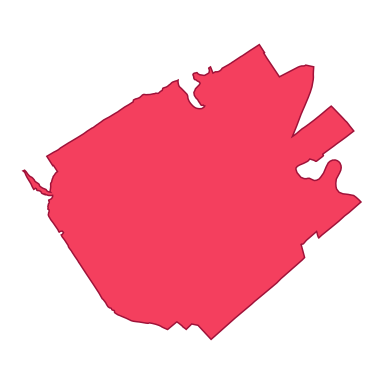 outline of Siminicea, Suceava, Romania
{"feature_id": "2599482B41742181273459", "entity_name": "Siminicea", "entity_type": "district", "adm_level": 2, "iso_a3": "ROU", "parent_name": "Romania", "parent_adm1": "Suceava", "projection": "albers", "projection_center": [26.395, 47.713], "detail": "fine", "context": "isolated", "style": "filled", "palette": "rose", "viewbox_px": 384, "rotation_deg": 0, "n_neighbors": 0, "source": "geoboundaries", "source_scale": "gbopen_adm2", "svg_char_len": 5782}
<svg xmlns="http://www.w3.org/2000/svg" viewBox="0 0 384 384"><path d="M343.2,118.4L333.0,107.8L331.2,106.1L327.7,108.9L321.3,114.3L314.3,120.0L306.6,125.8L303.0,128.3L302.5,128.5L296.3,133.7L294.9,134.8L292.4,136.5L296.8,125.6L301.2,113.9L302.1,111.9L302.5,110.9L302.8,110.2L304.4,106.6L308.3,97.3L309.5,94.1L310.2,92.4L311.6,87.9L311.9,87.0L313.2,79.8L313.4,77.5L313.3,74.1L313.4,71.7L313.7,66.8L305.7,65.1L304.8,65.7L303.9,65.9L302.8,66.0L302.0,65.9L300.3,66.3L299.6,66.5L297.9,67.2L279.4,76.8L269.2,61.6L267.1,58.5L263.7,53.0L264.5,52.6L259.3,44.6L255.3,47.2L251.2,49.8L242.3,55.8L240.7,56.7L228.9,64.5L222.1,68.3L221.5,69.3L221.0,69.9L219.6,71.0L218.6,71.5L217.9,71.7L216.9,71.8L215.4,71.8L213.0,73.1L210.8,67.6L210.5,66.9L208.9,67.9L208.7,68.2L209.1,69.3L209.4,70.3L209.4,70.7L209.2,71.2L209.2,72.0L209.1,72.5L208.7,73.0L208.2,73.4L204.8,75.3L203.8,75.4L201.5,75.0L200.6,74.9L199.4,74.6L198.8,74.2L198.3,74.0L197.8,73.6L197.3,72.9L196.9,72.6L195.0,73.1L194.5,73.1L193.5,73.6L193.4,73.7L193.3,74.1L193.0,74.4L193.0,74.7L193.0,75.0L193.3,75.6L193.8,77.2L193.7,77.7L193.8,78.1L194.2,79.0L194.7,79.6L195.2,79.6L196.3,80.1L197.2,80.9L198.4,81.5L199.4,82.1L199.8,82.6L200.0,83.1L200.1,83.6L199.9,83.9L199.4,84.4L199.1,85.1L197.6,86.5L197.2,87.0L196.3,87.8L196.0,88.3L195.4,88.9L195.3,89.1L195.1,89.8L195.0,90.2L194.0,92.2L193.9,92.6L193.9,93.0L194.1,93.5L194.2,94.7L194.3,95.2L194.5,95.6L195.8,97.7L196.5,98.6L197.1,99.0L197.9,100.0L198.7,101.6L199.6,102.7L200.9,104.9L201.2,105.1L201.9,105.4L202.4,105.4L202.8,105.2L203.2,105.1L203.4,105.2L203.7,105.6L203.9,105.8L204.7,106.0L204.3,106.8L203.6,107.4L201.9,108.5L201.5,108.6L199.2,108.7L197.1,108.4L196.2,108.1L195.6,107.9L194.3,107.1L192.6,105.7L190.9,103.8L189.9,102.5L189.2,101.4L188.4,99.6L188.1,98.8L187.9,98.0L187.7,96.0L187.3,95.0L187.0,94.3L185.1,92.3L181.5,88.6L179.5,86.8L179.3,86.5L179.0,86.0L178.5,84.7L178.3,83.6L178.1,82.5L178.0,81.5L178.1,80.1L176.7,80.8L175.3,81.1L172.6,82.1L171.6,82.8L170.1,84.3L169.2,84.9L167.7,86.2L166.4,87.0L163.6,87.9L162.8,88.3L162.2,90.4L161.1,91.0L160.0,91.8L159.0,92.8L158.1,93.4L155.7,93.2L154.9,93.6L153.4,93.8L150.1,94.5L146.0,94.7L143.9,94.4L142.4,95.0L141.6,95.9L140.3,96.9L139.8,97.5L137.7,98.4L135.4,99.0L133.5,100.0L133.4,100.4L133.2,101.8L128.9,104.6L124.7,107.0L119.2,110.8L117.9,111.8L115.3,113.3L108.7,117.3L107.1,118.1L103.6,120.0L100.7,122.2L97.2,124.6L93.0,127.7L92.1,128.0L87.1,131.2L83.6,133.8L77.3,137.7L68.5,142.9L60.4,148.0L59.0,149.2L57.7,150.1L55.7,151.2L53.7,152.2L46.8,156.3L52.8,165.7L53.4,165.4L54.5,167.0L57.5,171.6L56.4,172.4L55.5,173.3L54.2,175.3L53.6,176.0L53.2,176.5L53.0,177.6L52.5,178.5L51.9,180.5L51.6,181.9L51.4,182.4L50.9,182.9L50.7,183.5L50.6,184.1L50.7,185.8L50.7,186.9L50.5,188.6L50.1,191.0L50.1,191.5L50.6,192.2L48.3,191.7L47.6,191.3L46.8,190.7L46.1,189.6L45.8,189.4L42.6,188.1L40.2,186.5L39.6,185.8L39.1,184.4L38.6,183.8L35.9,182.0L34.9,181.2L34.2,179.8L32.8,178.2L31.9,177.4L29.7,176.2L28.0,174.4L26.1,171.7L24.6,170.2L23.0,170.9L24.4,172.0L25.0,172.9L25.8,174.9L27.1,177.5L30.9,183.7L31.9,186.0L32.8,187.8L33.8,189.4L35.5,188.3L36.4,188.8L36.8,190.1L37.0,190.3L37.3,190.5L38.1,190.5L39.2,190.8L39.9,191.0L40.7,191.5L41.2,192.2L41.5,192.9L41.9,193.3L42.5,193.7L44.1,194.0L44.1,194.3L45.2,194.3L45.3,194.8L45.7,194.7L46.5,194.8L48.3,195.4L48.9,195.5L51.6,195.5L52.6,195.3L52.7,196.0L52.5,197.0L52.2,197.5L51.8,198.2L51.1,198.9L49.3,199.9L48.7,200.1L48.7,200.3L48.8,201.0L49.2,201.4L49.3,201.9L49.2,202.6L49.0,203.2L48.7,203.5L48.3,204.3L48.3,205.5L47.9,206.0L47.9,206.5L48.1,207.8L48.0,208.3L47.9,209.1L48.4,209.3L48.9,209.8L49.1,210.2L49.1,210.8L49.1,211.5L48.9,212.3L48.6,212.8L48.6,213.4L48.3,214.5L48.3,215.0L48.8,216.3L50.9,219.9L53.0,222.6L57.9,229.7L58.8,231.7L59.2,232.1L59.6,231.9L60.1,231.5L61.0,231.2L62.2,231.1L62.5,231.3L62.7,231.7L63.5,232.4L63.5,232.6L63.4,232.9L63.1,233.2L62.9,233.6L62.6,233.9L62.4,234.2L62.2,234.4L61.2,234.9L62.1,236.7L64.6,240.0L67.2,244.0L68.2,245.5L68.3,246.2L68.4,246.7L69.3,248.2L71.3,250.8L72.5,252.8L75.0,256.6L77.7,260.5L78.7,262.3L79.7,263.7L83.4,269.4L86.3,273.8L93.3,284.3L99.2,293.4L100.6,295.9L102.2,298.7L103.2,299.5L105.6,302.6L106.7,304.7L108.0,306.7L109.5,307.8L110.7,308.1L111.3,308.4L111.9,309.7L112.3,310.0L114.1,310.5L114.4,310.8L114.5,311.4L114.5,312.1L114.6,312.5L115.1,313.0L117.7,314.7L126.4,318.3L131.1,320.6L132.4,321.0L133.7,321.3L136.7,321.7L139.5,322.0L146.0,323.1L147.9,323.3L148.6,323.2L149.1,323.0L149.5,322.8L151.1,323.2L151.9,323.3L155.9,324.3L159.1,325.4L161.0,326.3L162.0,327.0L163.9,327.9L166.0,328.8L166.8,329.2L167.6,329.5L176.5,322.1L176.9,321.9L178.8,323.2L182.0,325.8L182.7,326.7L183.6,327.4L185.3,328.6L186.2,329.4L191.7,324.0L198.0,325.3L211.1,339.4L235.4,317.8L251.7,304.1L254.5,301.5L260.8,296.3L276.7,283.0L281.0,278.6L302.3,259.9L304.6,257.5L301.1,244.4L301.7,244.1L302.7,244.1L303.5,243.7L306.4,240.3L316.6,231.5L317.0,232.6L317.5,234.9L318.2,237.0L318.8,237.9L321.7,235.2L332.4,226.5L338.7,221.3L344.7,215.8L348.8,212.7L361.0,202.0L358.7,199.6L356.0,197.2L353.7,195.5L348.2,194.4L342.9,193.8L339.1,192.3L336.6,189.1L336.0,186.6L335.8,183.3L336.3,179.1L339.6,172.9L340.8,170.1L341.2,167.7L341.0,165.6L340.0,163.1L338.8,161.7L337.3,160.7L335.4,160.0L332.6,160.1L330.1,161.2L328.3,162.8L326.3,166.6L323.6,173.0L320.9,176.9L319.0,179.1L316.4,180.3L314.2,180.5L311.3,179.2L309.5,178.3L307.9,178.3L306.2,178.7L304.1,178.6L300.9,177.3L297.0,172.6L295.9,169.2L296.1,167.8L297.4,166.3L299.6,165.0L303.7,163.3L305.9,162.2L307.8,161.2L309.5,159.4L309.8,159.0L313.0,160.0L314.5,160.5L315.4,161.2L315.9,161.3L316.5,161.2L319.1,159.2L321.7,157.2L323.2,155.9L323.4,155.5L323.2,155.0L322.8,154.5L322.8,154.1L334.4,145.6L335.9,144.4L345.8,137.2L353.8,131.0L349.4,125.5L349.0,124.9L346.8,122.1L345.2,120.6L343.2,118.4Z" fill="#f43f5e" stroke="#9f1239" stroke-width="1.5"/></svg>